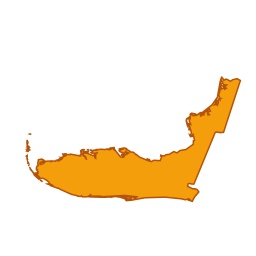 the State of Florida, rotated 108°
{"feature_id": "USA-3542", "entity_name": "Florida", "entity_type": "State", "adm_level": 1, "iso_a3": "USA", "parent_name": "United States of America", "parent_adm1": "", "projection": "equal_earth", "projection_center": [-82.742, 27.771], "detail": "fine", "context": "isolated", "style": "filled", "palette": "amber", "viewbox_px": 256, "rotation_deg": 108, "n_neighbors": 0, "source": "natural_earth", "source_scale": "10m", "svg_char_len": 5937}
<svg xmlns="http://www.w3.org/2000/svg" viewBox="0 0 256 256"><g transform="rotate(108 128 128)"><path d="M53.9,54.7L50.1,54.7L51.4,54.3L51.3,53.4L53.1,51.5L51.5,50.4L51.1,49.0L51.9,45.0L49.7,43.3L47.4,39.5L48.1,35.8L102.6,35.8L103.9,38.8L104.4,42.5L105.3,43.7L161.0,48.0L161.7,50.4L161.6,52.1L162.6,53.6L165.1,53.3L165.8,47.6L165.1,45.6L165.2,43.2L166.9,40.9L173.2,43.4L177.9,44.2L177.9,49.1L176.9,46.4L176.6,48.4L178.5,51.1L178.9,55.5L182.3,71.4L189.1,90.3L195.5,102.2L197.6,107.2L196.2,109.3L196.3,114.8L197.1,119.0L199.3,123.3L199.4,124.5L196.6,118.3L195.7,114.8L195.7,109.9L196.3,106.3L196.0,103.6L194.8,103.0L194.4,103.7L192.5,103.3L192.1,101.9L192.8,99.6L190.7,98.2L193.1,110.1L200.9,130.3L201.7,134.6L204.9,143.7L205.0,144.2L204.5,143.3L202.4,142.4L206.0,145.4L207.6,150.1L206.8,151.2L207.7,151.7L208.4,154.8L208.1,156.2L208.6,161.2L207.2,174.1L206.7,175.3L207.0,176.1L206.7,184.6L206.5,181.0L205.7,182.2L205.3,185.2L204.1,186.2L202.9,189.1L202.1,193.2L202.8,196.2L200.5,199.7L200.9,201.6L199.9,200.0L198.9,200.6L199.7,200.9L200.1,202.0L199.5,201.0L198.3,200.6L198.6,199.8L197.4,199.9L196.5,201.5L195.6,201.4L195.5,202.4L194.3,202.8L192.2,202.7L191.2,201.6L190.0,202.8L185.8,203.4L184.2,200.4L184.5,198.4L185.2,197.0L186.3,199.1L188.3,200.2L187.9,200.8L189.2,200.8L189.8,199.9L188.4,197.8L185.0,195.9L183.4,191.7L183.9,190.8L183.0,190.7L181.9,186.6L181.0,186.5L180.2,185.2L181.0,184.4L180.4,183.4L177.5,181.0L175.3,180.8L174.5,179.6L173.9,180.4L173.0,180.0L172.7,180.8L172.2,180.4L171.9,179.3L173.0,179.8L173.6,178.6L172.2,178.1L170.9,174.1L170.7,175.3L169.4,165.2L168.9,163.8L168.8,165.3L166.2,164.1L166.3,163.0L166.9,163.4L168.2,162.0L168.5,160.5L171.0,157.5L168.3,159.6L167.4,162.4L165.5,162.9L164.6,158.5L165.1,153.2L164.2,151.9L166.4,150.5L166.8,149.4L163.8,150.4L163.0,151.4L162.4,150.1L161.5,150.3L160.4,148.9L162.0,150.9L163.1,155.0L162.8,155.5L162.5,154.4L162.1,155.0L159.6,153.7L159.0,151.2L158.4,150.4L158.8,152.0L158.4,151.6L156.3,146.4L155.7,143.3L154.3,141.4L154.7,140.5L154.0,138.0L151.3,136.3L150.7,134.6L152.2,136.1L152.5,135.1L151.8,134.9L152.1,134.4L153.7,134.9L152.6,134.3L153.9,133.7L152.9,133.7L157.9,126.1L157.2,123.1L156.2,123.0L155.9,125.8L155.0,125.7L154.7,122.4L153.1,121.8L153.5,121.2L151.5,119.6L151.5,121.6L152.5,121.6L150.9,122.8L154.2,124.0L153.4,124.6L152.9,128.8L152.3,129.4L148.8,125.5L150.4,128.5L150.9,130.4L148.2,125.6L148.0,123.3L148.7,122.2L148.4,124.0L149.9,117.7L149.4,115.2L150.9,112.2L150.6,112.0L152.1,108.0L152.7,100.9L152.6,99.2L151.6,97.8L151.9,97.4L152.8,98.4L152.7,95.4L150.7,93.4L149.1,87.3L144.0,87.1L143.1,84.5L141.6,83.6L140.3,80.6L136.3,77.2L136.5,73.7L133.4,71.6L130.5,66.2L123.3,60.9L120.0,61.9L119.3,60.9L115.6,63.0L115.6,64.2L115.9,63.8L116.4,64.8L114.1,63.8L113.9,64.2L116.5,65.4L116.3,66.7L115.7,67.1L116.0,66.5L113.0,66.1L105.2,71.5L105.2,69.4L102.4,72.0L99.9,71.8L95.2,73.0L94.2,72.0L93.8,68.1L94.1,67.5L94.5,71.6L95.7,72.6L96.1,69.6L95.0,67.1L90.9,63.8L90.7,63.0L92.4,64.4L88.2,60.1L89.7,60.3L89.6,60.9L93.2,63.4L94.2,62.4L93.5,61.9L92.8,62.9L92.3,60.9L91.7,60.9L92.1,60.0L90.7,60.1L90.5,60.7L87.4,58.4L88.7,56.8L89.5,57.0L90.9,55.9L90.2,54.7L89.5,56.0L87.6,57.0L86.7,54.9L84.6,56.5L85.0,57.3L86.6,57.4L86.9,58.9L87.7,59.6L87.1,59.7L87.3,60.1L80.1,55.3L70.7,52.4L74.2,52.8L74.9,51.6L76.4,52.8L76.7,52.3L76.3,51.6L79.2,53.0L78.3,51.0L78.6,50.3L77.7,50.7L77.2,49.7L72.9,50.9L72.2,50.5L72.8,49.3L71.8,49.8L71.2,49.1L71.3,50.4L69.1,51.4L68.8,52.1L65.0,52.0L56.3,53.8L57.4,52.9L60.3,52.4L61.7,51.1L62.6,51.5L60.1,49.5L61.3,48.1L59.8,46.8L58.8,51.2L57.8,48.1L56.6,47.4L57.2,50.2L56.6,51.6L54.8,52.6L54.7,53.9L53.8,54.1L53.9,54.7ZM193.2,105.2L195.4,103.7L195.8,104.5L194.8,108.2L194.6,112.5L195.1,114.3L193.1,106.9L193.2,105.2ZM204.2,197.0L201.8,202.4L199.6,204.6L197.2,208.4L196.8,208.4L200.2,203.5L199.7,202.5L200.7,202.7L201.9,200.4L201.6,198.7L203.7,196.8L204.2,197.0ZM66.8,52.4L70.5,52.6L55.2,54.7L54.1,54.6L66.8,52.4ZM202.9,137.4L199.5,124.8L201.3,129.3L205.7,144.4L202.9,137.4ZM164.6,163.9L163.5,160.5L162.5,157.9L163.9,159.3L164.6,163.9ZM163.6,164.8L165.8,165.2L164.5,166.0L162.8,165.0L161.9,162.2L163.6,164.8ZM100.2,74.3L98.9,73.3L98.0,72.7L100.7,72.8L100.2,74.3ZM177.2,217.4L176.6,218.1L174.3,219.1L176.1,217.7L175.5,217.1L176.7,217.9L176.0,215.9L177.2,217.4ZM102.8,74.7L109.0,70.6L107.0,72.5L103.1,74.9L101.4,75.1L100.4,74.5L102.8,74.7ZM178.8,214.1L180.4,216.1L180.7,217.2L180.3,217.7L178.8,214.1ZM179.7,183.3L179.3,184.1L178.5,183.7L178.4,182.6L179.7,183.3ZM152.4,138.4L151.7,136.9L153.7,140.0L152.4,138.4ZM172.8,218.6L173.9,218.6L174.0,219.3L172.4,219.8L172.8,218.6ZM178.2,183.1L177.1,182.3L176.9,182.8L176.8,182.1L177.7,181.8L178.2,183.1ZM172.7,181.0L173.7,181.4L172.9,182.0L172.7,181.0ZM186.2,216.1L185.2,215.5L187.2,214.7L186.5,215.4L186.2,216.1ZM109.8,69.9L111.5,69.0L109.6,70.2L109.8,69.9ZM160.2,155.0L160.8,156.3L160.6,157.5L160.2,155.0ZM177.7,216.2L177.7,217.1L176.8,216.4L177.0,215.7L177.7,216.2ZM192.4,211.5L192.4,212.5L191.2,212.7L191.4,212.4L192.4,211.5ZM206.1,187.3L205.6,186.3L206.2,185.7L206.1,187.3ZM205.5,192.6L204.9,195.0L204.5,195.2L205.5,192.6ZM189.7,213.7L189.0,214.2L187.4,215.1L189.1,213.7L189.7,213.7ZM186.3,198.3L187.2,198.4L186.6,199.0L186.3,198.3ZM172.0,219.3L172.3,219.8L171.8,219.4L171.5,220.0L170.5,220.2L172.0,219.3ZM161.0,159.3L161.0,158.1L161.5,160.5L161.0,159.3ZM175.9,180.9L176.4,181.6L176.2,182.3L175.9,180.9ZM186.1,197.2L186.1,197.9L185.4,197.2L185.5,197.1L186.1,197.2ZM151.4,99.0L151.4,98.3L151.7,98.4L151.8,98.9L151.4,99.0ZM151.6,99.7L151.8,100.4L151.4,100.0L151.6,99.7ZM178.4,216.2L178.6,216.8L178.6,217.1L178.1,216.7L178.4,216.2ZM143.8,87.8L144.3,88.3L143.7,88.4L143.8,87.8ZM194.5,210.4L194.3,210.9L193.7,211.3L193.9,211.0L194.5,210.4ZM180.7,215.7L181.2,215.8L181.2,216.4L180.7,215.7ZM164.1,219.6L163.5,218.8L163.3,218.8L163.9,218.7L164.1,219.0L164.1,219.6ZM196.2,208.8L196.3,208.7L195.5,209.8L196.2,208.8ZM195.5,115.6L195.3,114.9L195.1,114.4L195.5,115.6Z" fill="#f59e0b" stroke="#b45309" stroke-width="1.5"/></g></svg>